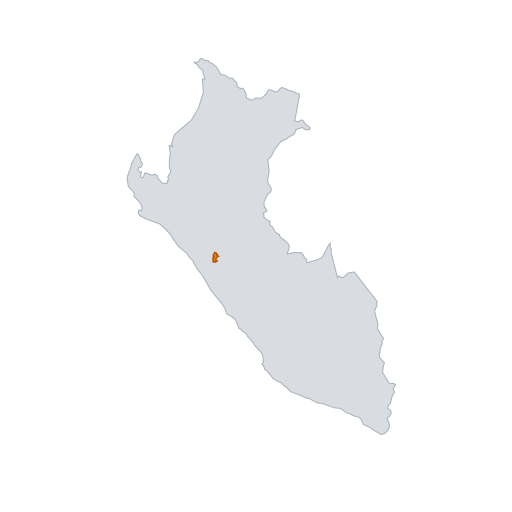 Pomabamba, Áncash, Peru (highlighted), rotated 345°
{"feature_id": "86281439B64426099138433", "entity_name": "Pomabamba", "entity_type": "district", "adm_level": 2, "iso_a3": "PER", "parent_name": "Peru", "parent_adm1": "Áncash", "projection": "equal_earth", "projection_center": [-77.411, -8.715], "detail": "fine", "context": "in_parent", "style": "filled", "palette": "amber", "viewbox_px": 512, "rotation_deg": 345, "n_neighbors": 0, "source": "geoboundaries", "source_scale": "gbopen_adm2", "svg_char_len": 5461}
<svg xmlns="http://www.w3.org/2000/svg" viewBox="0 0 512 512"><g transform="rotate(345 256 256)"><path d="M341.3,145.7L341.2,147.2L339.8,147.9L338.5,146.9L336.7,147.2L333.9,143.8L327.3,144.3L324.4,148.3L320.0,149.2L315.2,151.0L309.8,151.8L301.2,158.2L299.3,160.8L295.4,164.5L292.3,165.8L290.7,177.3L287.6,184.0L286.4,187.8L288.0,193.3L288.0,196.0L286.3,198.3L284.8,198.5L281.9,200.9L277.6,205.9L276.8,209.9L278.2,215.0L277.7,215.6L274.1,216.6L274.2,219.5L273.5,220.6L276.5,224.7L278.2,225.7L278.3,226.7L278.0,227.8L277.3,228.2L277.2,229.1L279.4,232.2L281.0,238.3L284.1,241.3L284.2,243.3L285.1,245.3L286.7,246.7L290.5,252.9L290.6,255.7L286.6,262.3L293.1,262.3L300.4,264.5L301.4,265.5L302.3,268.5L302.3,270.4L303.8,272.0L303.6,275.6L313.2,275.6L319.3,274.7L329.4,263.8L331.0,262.9L330.2,265.2L330.0,267.0L330.6,268.9L329.4,271.5L329.1,298.1L330.9,296.7L333.2,299.2L334.9,299.3L340.4,296.3L346.8,296.8L361.3,331.5L359.9,333.8L360.0,335.6L358.2,337.1L356.3,339.9L356.0,353.7L354.5,357.8L355.3,360.0L356.1,364.3L357.4,367.0L357.7,368.6L357.6,369.3L355.5,370.8L355.3,373.3L351.6,378.1L350.9,381.4L349.5,382.5L349.2,386.3L352.4,392.3L350.2,396.0L348.2,401.3L351.4,412.6L352.7,414.2L354.2,414.1L356.4,415.1L357.5,416.7L354.8,418.9L354.3,419.8L354.5,423.5L351.5,426.3L347.5,433.3L346.4,433.7L344.4,435.8L344.0,436.9L344.3,437.9L346.0,440.0L346.1,442.5L343.2,445.7L341.2,446.0L340.5,446.9L341.2,451.2L341.2,453.2L340.5,455.5L339.1,458.0L334.8,460.6L331.0,461.0L324.5,454.6L322.5,451.9L316.1,446.4L315.2,440.7L313.0,437.9L309.1,435.8L305.9,432.8L303.6,431.4L297.8,424.9L292.4,422.9L282.5,416.0L277.1,413.7L270.3,407.3L266.6,405.6L263.6,402.6L254.5,396.2L253.1,394.2L251.8,391.0L249.7,389.2L247.5,384.9L244.1,382.3L240.9,379.0L236.9,369.9L235.1,367.8L234.9,363.7L233.6,361.8L235.6,360.5L236.8,354.1L236.2,350.9L231.6,342.2L230.7,338.7L227.3,332.0L226.1,328.1L223.4,325.2L222.3,322.7L220.8,321.6L220.7,318.6L219.7,312.7L218.2,309.8L212.8,304.3L212.3,298.4L211.1,294.2L203.6,277.5L199.3,261.4L195.6,252.4L194.1,247.2L194.0,244.4L191.2,239.7L189.8,235.3L183.7,226.9L180.1,217.5L179.6,214.7L177.2,209.6L173.3,202.9L171.4,200.2L159.6,191.9L154.1,186.8L153.4,184.2L153.7,182.7L154.9,181.3L156.6,182.4L157.6,182.0L158.4,180.1L158.4,177.3L157.4,173.7L153.6,166.8L154.6,163.6L150.7,155.5L151.6,147.7L152.5,145.7L158.2,137.7L159.7,134.3L162.2,132.2L164.7,129.0L167.7,126.6L168.5,127.4L169.4,131.7L169.3,134.5L170.1,137.7L168.0,140.5L165.8,139.9L164.9,140.6L164.6,142.0L164.9,144.2L165.5,145.1L167.2,145.1L164.9,149.3L165.1,150.1L166.7,150.9L168.2,149.8L169.8,147.4L170.8,147.1L176.5,151.2L179.2,150.7L181.2,152.6L181.5,155.6L184.3,161.4L188.6,162.8L189.3,162.3L190.3,160.1L191.2,159.8L191.4,156.5L195.1,153.1L195.7,150.8L195.2,149.1L195.3,147.8L197.4,140.1L198.1,139.3L198.7,136.9L199.6,135.4L200.8,126.8L201.9,126.8L202.8,128.9L204.0,128.3L203.4,126.4L203.6,125.7L207.7,118.9L209.0,117.4L228.8,108.0L238.7,98.2L247.4,84.6L250.1,70.9L251.1,71.9L252.8,71.6L252.2,66.0L252.6,63.4L252.5,62.6L249.8,59.3L248.7,55.6L246.4,53.6L246.5,52.8L249.0,53.6L251.2,53.2L253.2,51.0L254.6,51.2L257.9,54.3L260.3,54.6L261.1,56.8L263.4,58.4L266.7,63.2L268.2,68.3L268.1,69.3L269.6,72.0L272.8,73.3L276.0,77.1L279.4,78.3L280.9,81.7L281.8,82.8L282.2,84.8L281.7,87.1L282.2,88.3L284.6,90.4L286.7,90.4L287.2,91.4L288.4,97.1L287.6,99.9L287.9,101.5L290.7,102.9L291.5,104.1L293.7,104.4L296.8,103.2L300.6,104.9L303.6,104.3L305.0,103.8L306.4,102.6L307.5,102.6L310.6,99.0L311.4,98.7L314.7,100.3L317.4,102.8L320.7,102.3L322.1,100.8L324.6,99.9L329.0,103.0L329.9,104.4L331.1,104.7L335.9,107.7L336.7,108.9L339.2,110.1L339.7,111.1L339.5,112.2L328.4,135.5L331.8,137.4L335.0,136.2L336.7,137.8L337.9,141.6L340.4,144.1L341.3,145.7Z" fill="#d9dde1" stroke="#a8b0b8" stroke-width="1"/><path d="M213.8,250.8L214.0,250.9L214.3,250.9L214.5,250.9L214.6,251.0L214.7,251.3L214.8,251.3L215.0,251.2L215.2,250.9L215.3,250.9L215.4,251.0L215.5,251.0L215.9,251.0L216.0,251.0L216.3,251.1L216.5,251.1L216.8,250.9L216.9,251.0L217.0,251.0L217.2,250.9L217.0,250.7L216.9,250.6L216.8,250.4L216.7,250.3L216.7,250.2L216.4,250.0L216.4,249.9L216.2,249.7L215.9,249.4L216.0,249.3L216.0,249.2L216.1,248.9L216.3,248.7L216.5,248.7L216.7,248.4L216.8,248.2L216.8,247.9L216.9,247.7L217.0,247.7L217.3,247.4L217.5,247.3L217.6,247.2L217.8,247.1L218.0,247.0L218.2,246.9L218.3,246.8L218.3,246.7L218.5,246.6L218.6,246.4L218.8,246.4L218.9,246.5L219.0,246.6L219.2,246.4L219.3,246.4L219.2,246.3L219.2,246.2L219.2,245.9L219.1,245.7L219.0,245.4L219.0,245.2L218.9,245.1L218.6,245.1L218.5,244.9L218.4,244.8L218.5,244.7L218.4,244.7L218.5,244.6L218.5,244.4L218.5,244.2L218.5,243.8L218.5,243.7L218.4,243.6L218.4,243.4L218.2,243.1L218.2,242.9L218.2,242.7L217.9,242.5L217.7,242.5L217.7,242.4L217.6,242.2L217.4,242.1L217.2,242.0L217.0,242.3L216.9,242.3L216.7,242.4L216.6,242.5L216.4,242.7L216.3,242.8L216.2,242.9L216.1,243.0L216.0,243.3L215.9,243.4L215.8,243.5L215.7,243.6L215.4,243.5L215.2,243.8L215.2,244.0L215.0,244.3L215.0,244.5L214.9,244.7L215.0,244.8L215.0,245.0L214.9,245.2L215.0,245.4L215.0,245.5L215.1,245.8L215.3,245.9L215.2,246.0L215.1,246.3L215.0,246.2L214.9,246.2L214.7,246.3L214.7,246.2L214.5,246.3L214.4,246.3L214.3,246.6L214.2,246.6L214.1,246.8L213.9,246.9L213.8,247.0L213.7,247.1L213.6,247.4L213.6,247.5L213.6,247.8L213.7,248.0L213.6,248.3L213.5,248.6L213.7,248.8L213.7,249.0L213.4,249.3L213.4,249.5L213.4,249.8L213.4,250.0L213.2,250.2L213.3,250.3L213.3,250.5L213.5,250.5L213.8,250.7L213.8,250.8Z" fill="#f59e0b" stroke="#b45309" stroke-width="1.5"/></g></svg>